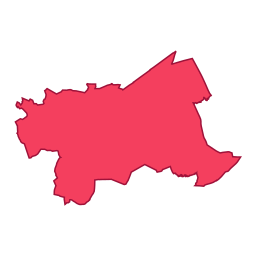 Penkules pag., Dobele, Latvia (orthographic projection)
{"feature_id": "27541924B17832608413476", "entity_name": "Penkules pag.", "entity_type": "district", "adm_level": 2, "iso_a3": "LVA", "parent_name": "Latvia", "parent_adm1": "Dobele", "projection": "orthographic", "projection_center": [23.225, 56.49], "detail": "fine", "context": "isolated", "style": "filled", "palette": "rose", "viewbox_px": 256, "rotation_deg": 0, "n_neighbors": 0, "source": "geoboundaries", "source_scale": "gbopen_adm2", "svg_char_len": 5358}
<svg xmlns="http://www.w3.org/2000/svg" viewBox="0 0 256 256"><path d="M175.6,51.5L173.1,53.2L172.9,53.1L154.7,66.5L152.6,68.0L150.8,69.2L150.0,69.8L150.1,70.1L133.3,82.3L133.5,82.6L129.3,85.2L122.8,89.9L122.3,89.2L119.7,88.4L118.6,87.9L119.3,86.6L120.1,84.9L118.0,84.6L115.4,84.8L113.1,84.8L113.0,84.7L112.0,83.7L111.5,83.7L111.5,84.0L111.3,84.3L107.2,85.3L105.7,86.0L99.6,88.6L95.0,88.6L95.8,86.4L95.6,86.1L95.6,84.1L92.8,84.1L88.9,84.0L87.3,83.7L86.8,84.3L87.0,84.8L88.2,86.5L88.5,87.7L87.6,89.2L87.7,89.7L86.6,90.7L86.6,90.8L84.7,92.7L82.4,92.2L76.2,90.9L72.9,90.7L70.9,89.7L69.4,89.7L67.5,90.0L67.2,90.2L62.6,90.1L61.2,91.8L56.5,94.0L47.1,88.6L46.5,89.1L45.9,89.9L44.7,90.7L46.1,94.7L45.8,96.8L45.1,99.0L44.1,99.4L43.5,100.8L43.2,101.2L43.9,103.5L42.9,104.3L37.6,105.0L36.3,103.7L33.9,103.7L32.6,100.3L30.2,99.1L29.0,100.9L22.3,98.1L22.8,101.0L22.1,101.7L22.4,102.7L20.8,105.0L19.6,103.4L19.2,102.9L17.3,102.0L16.2,104.7L16.2,105.1L16.2,105.5L16.6,106.3L17.4,107.4L18.0,106.7L19.7,108.7L21.6,108.2L22.9,109.1L26.6,113.0L27.3,115.0L26.8,116.4L26.6,116.7L25.5,117.3L24.3,118.3L22.6,119.4L20.3,118.8L15.4,121.9L16.8,124.7L17.2,125.7L17.4,125.7L17.7,132.0L17.7,132.4L17.0,133.2L17.5,133.6L18.0,135.2L18.3,136.5L19.2,138.4L19.2,138.5L19.5,139.2L19.8,139.5L20.0,139.7L20.9,141.8L22.0,142.8L24.4,143.8L28.9,157.3L29.0,157.3L29.2,158.0L30.3,157.9L31.0,157.7L32.2,156.4L35.6,155.4L37.7,153.9L39.5,151.3L40.7,149.4L41.3,149.2L43.7,149.3L44.8,149.3L47.2,150.5L50.5,150.4L52.5,151.2L57.0,150.6L58.0,151.0L58.2,151.5L58.6,153.4L58.7,154.3L58.9,154.9L60.1,157.0L60.6,157.4L60.2,157.5L59.6,158.0L58.7,159.3L58.3,160.1L56.8,163.2L56.4,165.0L55.1,168.4L54.7,171.2L55.8,173.8L56.0,174.9L55.8,175.1L57.4,177.9L53.8,180.9L55.9,185.7L54.5,189.7L54.3,191.2L54.2,194.4L59.2,195.5L60.0,196.2L64.4,197.3L64.2,199.0L65.0,204.4L65.4,204.1L66.7,202.8L68.1,202.8L69.6,201.8L69.8,199.8L70.4,199.7L71.3,199.8L72.0,200.1L73.5,201.2L74.8,201.9L75.6,202.5L77.1,203.5L79.3,204.4L80.7,204.5L82.7,204.3L83.8,204.3L84.8,204.0L85.6,203.4L86.6,202.2L87.0,202.0L88.0,201.4L88.5,201.0L89.4,199.9L89.6,199.7L89.7,199.8L89.9,199.5L89.7,199.2L92.1,195.0L93.2,193.5L94.2,191.2L94.5,188.4L94.7,185.0L94.8,180.0L98.4,179.5L99.7,179.6L100.5,179.5L107.3,179.4L111.4,179.3L113.1,180.0L124.2,184.5L124.3,184.5L125.9,184.1L127.3,181.6L128.0,180.6L129.3,177.4L131.3,172.1L140.1,167.1L141.7,166.2L144.8,164.5L156.2,170.2L157.1,172.1L160.7,171.4L160.9,171.4L161.8,170.9L162.6,169.5L162.9,169.5L163.1,169.4L170.3,166.5L171.3,169.5L172.2,171.5L172.6,172.3L173.5,173.5L173.8,173.7L174.2,173.4L174.7,173.2L175.1,173.2L175.6,173.3L175.8,173.6L175.9,174.1L176.1,174.4L176.4,174.6L176.8,174.6L177.0,174.9L177.4,175.0L177.6,175.3L178.0,176.0L178.4,176.5L178.6,176.5L178.9,176.3L179.0,175.9L179.5,176.3L179.9,176.2L180.4,176.1L180.6,176.0L180.7,175.8L180.3,175.5L180.2,175.3L180.3,175.0L180.8,174.9L180.9,175.0L181.0,175.3L181.2,175.2L181.3,174.7L181.6,174.7L181.9,175.0L182.1,175.5L181.9,175.7L181.8,176.1L181.8,176.4L181.9,176.5L182.2,176.5L182.5,176.3L182.6,176.1L182.5,175.9L182.8,176.1L182.9,176.3L182.9,176.5L183.0,176.6L183.9,176.1L184.3,175.7L184.6,175.6L184.5,175.3L184.5,175.2L185.1,175.3L185.2,175.0L185.6,175.1L185.6,175.3L185.6,175.5L185.8,175.4L186.0,175.2L186.1,175.3L185.9,175.7L185.5,175.9L185.4,176.2L185.3,176.3L185.4,176.5L185.8,176.3L186.4,176.2L186.6,176.4L187.3,176.0L187.6,176.5L188.0,176.5L188.2,176.4L188.4,176.2L189.0,176.2L189.2,175.9L189.7,175.7L189.7,175.4L189.9,175.3L190.2,175.4L190.9,175.4L191.3,175.1L192.0,175.0L192.8,174.7L193.4,174.5L193.6,174.3L194.2,174.4L194.6,174.0L195.1,173.9L195.0,173.6L195.0,173.4L195.4,173.3L195.7,173.4L195.7,173.2L195.9,173.0L196.2,173.1L196.2,173.6L196.3,173.7L196.6,173.2L196.6,173.3L198.0,177.7L197.7,178.2L197.7,178.9L197.5,179.5L197.1,180.3L197.0,180.9L197.0,181.7L196.8,182.2L196.3,182.8L195.7,183.3L195.9,184.6L194.9,185.6L196.0,185.7L199.3,185.8L203.8,186.2L204.8,185.1L205.5,184.8L206.6,184.4L210.6,183.3L213.1,182.4L214.7,181.5L216.6,180.3L216.7,180.6L218.0,179.7L218.9,179.0L221.4,176.6L225.2,172.1L225.7,171.8L227.8,171.3L228.3,171.0L229.5,169.7L230.2,168.8L231.7,167.4L235.9,163.6L237.3,162.0L237.8,161.3L240.6,157.0L237.2,157.0L232.7,156.7L232.0,153.3L232.0,153.0L229.0,151.8L228.0,151.8L222.7,152.4L220.3,152.9L219.9,152.8L217.6,151.7L216.3,151.0L207.1,144.9L206.2,142.1L205.5,140.5L204.1,138.0L203.7,136.9L203.4,135.8L201.2,126.0L200.9,123.9L200.9,121.2L200.6,119.2L199.9,117.6L199.9,117.4L198.1,113.6L194.2,104.9L193.2,102.8L193.4,102.8L194.1,103.4L194.5,103.5L195.0,102.8L195.1,102.7L195.9,102.7L196.0,102.8L196.2,103.2L196.5,103.4L196.9,103.4L197.5,102.8L199.0,102.4L199.1,102.0L199.5,101.8L199.8,101.9L200.0,102.3L201.0,102.1L201.1,101.2L201.3,100.8L201.6,100.6L202.5,100.3L204.1,98.8L204.1,98.6L204.1,98.4L203.7,98.0L203.7,97.9L203.7,97.6L203.9,97.4L204.3,97.6L205.0,98.3L205.3,98.9L205.9,100.2L206.5,100.4L206.9,100.5L207.1,100.4L207.2,100.2L207.2,99.8L207.4,99.4L207.5,99.2L207.2,98.5L207.4,98.4L207.8,98.4L207.9,98.5L208.0,98.9L208.2,99.1L208.5,99.0L208.6,98.8L208.5,98.6L208.4,98.4L208.5,98.0L208.9,97.6L209.4,96.8L210.1,96.1L210.7,95.3L210.9,95.3L211.1,95.5L211.2,95.4L209.4,93.1L209.3,92.7L208.1,90.3L206.2,85.9L205.1,83.4L202.3,77.3L201.1,74.9L198.2,69.4L197.1,67.4L196.2,65.7L192.3,58.5L183.6,60.7L171.9,64.1L171.7,63.9L173.3,60.0L174.7,54.8L175.8,51.8L175.6,51.5Z" fill="#f43f5e" stroke="#9f1239" stroke-width="1.5"/></svg>